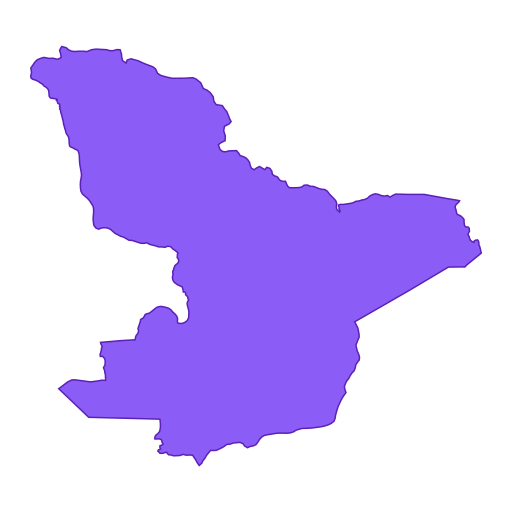 outline of Manacapuru, Amazonas, Brazil
{"feature_id": "56859067B7943145025722", "entity_name": "Manacapuru", "entity_type": "district", "adm_level": 2, "iso_a3": "BRA", "parent_name": "Brazil", "parent_adm1": "Amazonas", "projection": "mercator", "projection_center": [-61.016, -3.277], "detail": "fine", "context": "isolated", "style": "filled", "palette": "violet", "viewbox_px": 512, "rotation_deg": 0, "n_neighbors": 0, "source": "geoboundaries", "source_scale": "gbopen_adm2", "svg_char_len": 5953}
<svg xmlns="http://www.w3.org/2000/svg" viewBox="0 0 512 512"><path d="M58.7,388.7L88.7,417.3L158.6,419.1L160.0,419.4L160.4,423.8L160.4,427.1L160.1,429.4L159.6,431.3L159.0,432.3L158.0,433.4L155.5,435.5L154.8,437.8L154.9,439.0L159.7,438.9L161.2,439.7L161.9,440.8L162.0,442.4L162.9,443.4L162.8,444.5L161.5,445.2L160.0,445.6L159.9,447.5L160.6,448.9L158.2,450.0L157.9,451.2L159.1,452.2L159.8,453.2L161.3,453.4L163.4,453.2L165.0,452.5L166.7,452.4L167.5,453.7L168.7,454.8L171.2,455.0L173.0,455.7L174.6,455.8L180.0,455.5L183.1,454.4L186.3,455.2L189.4,455.0L192.6,455.2L195.9,460.2L197.3,462.8L199.2,465.5L201.7,463.3L203.0,460.6L204.9,458.3L206.5,455.4L210.5,450.5L216.2,450.4L221.8,447.8L224.5,446.2L226.8,444.4L230.0,444.2L233.2,443.0L240.0,442.4L243.0,443.7L244.7,446.1L247.5,447.7L250.3,446.4L253.3,445.9L256.0,444.6L257.8,442.2L259.5,439.5L261.6,437.1L264.2,435.5L267.1,434.8L273.9,433.7L277.0,433.2L280.4,433.1L287.5,433.2L290.7,432.8L293.5,431.8L296.1,430.2L298.9,429.3L302.4,428.4L305.4,428.4L311.7,428.0L318.8,427.1L322.4,426.5L325.3,425.8L328.6,424.7L331.2,423.4L334.0,421.2L335.1,418.4L335.6,415.0L337.2,409.3L338.2,406.3L340.9,400.5L342.5,397.6L344.1,395.1L346.0,392.6L345.0,389.8L344.4,386.6L345.4,383.7L346.7,381.0L348.7,378.6L350.1,375.8L351.8,373.2L354.1,370.8L355.2,368.0L355.8,364.9L357.4,362.3L359.3,359.9L359.5,357.0L358.7,354.2L357.3,351.1L355.9,345.2L357.9,340.0L359.1,337.4L359.1,334.5L358.5,331.1L357.8,327.9L354.7,321.8L409.6,290.2L448.4,267.1L461.8,266.9L464.9,267.0L466.7,265.0L481.3,253.1L479.7,246.4L479.2,245.4L478.8,244.2L478.9,242.7L478.5,241.2L477.5,239.9L475.5,240.2L474.3,240.9L473.9,242.3L472.3,241.7L470.6,240.5L469.4,237.9L469.1,236.3L468.2,235.2L468.2,233.6L469.5,231.2L469.2,228.2L467.9,226.9L466.4,227.1L465.0,226.3L464.4,224.9L464.0,221.3L464.1,219.9L463.6,218.8L461.9,217.0L461.0,216.2L459.5,215.3L457.7,214.6L456.8,213.7L455.8,209.2L455.2,207.6L455.3,206.1L455.9,204.9L456.8,203.9L458.7,202.2L459.6,200.8L458.3,200.4L446.7,198.5L424.2,194.4L407.8,194.4L395.6,194.1L392.8,195.4L390.1,197.1L387.5,195.5L384.5,196.1L381.3,195.6L378.5,194.4L375.3,193.8L372.5,194.6L369.8,196.0L367.4,198.3L364.6,199.5L361.8,200.0L358.9,201.0L355.9,201.3L353.0,202.8L349.8,203.5L343.6,204.4L340.2,204.4L338.5,205.0L338.6,206.4L339.4,207.8L338.9,208.9L340.1,210.8L339.6,212.1L337.3,210.1L336.6,208.8L336.4,206.6L336.7,203.4L335.7,200.6L333.7,198.4L329.3,193.9L327.4,191.3L324.8,189.5L321.8,189.3L318.9,188.5L313.4,186.4L310.5,186.3L307.3,185.0L304.1,185.2L301.6,187.1L298.5,187.6L291.8,187.8L289.3,187.6L287.9,186.4L287.0,184.9L285.5,181.3L283.2,181.3L281.0,180.9L279.8,180.0L278.8,179.0L278.1,177.6L276.6,176.4L274.9,176.1L272.4,174.3L271.8,171.1L269.9,168.4L266.8,167.3L264.8,169.6L259.5,166.5L256.7,167.9L254.1,169.7L251.4,168.2L250.2,165.4L249.6,162.6L248.0,160.0L245.9,157.9L243.1,156.5L240.2,155.6L238.5,152.9L236.5,150.6L228.8,150.9L225.6,151.8L222.6,151.5L220.0,149.5L218.4,144.7L221.1,142.6L225.1,140.7L225.3,136.0L223.7,130.7L224.5,126.3L229.2,123.9L231.1,121.6L229.6,118.6L226.8,111.6L224.8,109.3L222.3,105.6L216.2,104.6L213.9,101.3L213.2,96.7L210.1,92.5L206.8,90.0L203.4,88.6L200.7,82.7L196.0,79.0L192.8,77.7L185.0,78.2L172.3,78.3L166.4,77.0L161.0,75.5L157.6,73.4L155.5,68.8L152.8,66.8L144.1,63.5L138.2,60.8L131.1,58.8L127.2,60.0L126.1,63.0L122.6,60.7L121.7,56.9L121.5,54.0L120.1,49.7L116.7,49.6L113.0,50.7L110.0,50.7L106.7,49.7L95.9,49.1L91.6,49.7L86.9,51.6L83.7,51.2L79.2,51.2L74.9,51.5L71.7,51.2L68.7,49.9L66.2,47.7L61.7,46.5L59.6,50.3L60.8,54.5L61.1,57.6L57.6,59.3L52.8,58.2L49.2,58.4L43.9,57.4L40.8,58.3L37.3,59.7L34.8,62.2L30.8,68.1L31.4,71.4L31.5,72.8L30.9,75.3L30.7,76.7L31.2,78.2L32.7,79.3L35.5,80.1L38.2,81.4L40.4,83.0L41.8,83.7L43.0,84.8L43.8,85.8L44.9,86.6L46.1,87.2L47.3,88.4L48.3,89.7L48.8,91.5L49.0,93.2L49.0,94.8L49.3,96.5L50.3,97.9L51.5,98.3L56.0,98.8L57.1,99.4L56.3,100.2L57.2,101.1L57.6,102.8L58.2,103.7L59.5,104.0L59.9,105.4L59.4,106.6L60.1,107.6L59.6,108.9L60.4,110.0L60.9,112.8L61.9,115.9L62.7,119.5L63.2,121.1L63.6,124.3L64.4,126.7L64.6,127.9L65.5,130.6L65.8,132.1L66.5,133.9L68.0,136.1L68.5,137.1L68.8,138.2L69.1,140.7L69.2,143.2L69.5,145.4L70.0,146.5L71.4,147.3L73.2,148.0L74.5,148.9L76.2,149.6L78.0,150.7L79.2,154.3L79.6,162.4L80.0,165.6L81.2,172.1L81.5,175.1L81.1,178.2L80.5,181.1L80.3,184.7L80.5,188.3L81.0,191.3L82.5,194.1L87.3,198.2L89.5,200.6L93.1,206.3L93.6,209.4L93.6,212.6L93.3,215.7L93.1,219.3L93.4,222.4L93.9,225.4L95.8,228.0L98.7,229.2L101.7,227.9L104.6,227.7L107.7,228.1L110.4,229.3L115.0,233.3L120.7,236.3L123.5,237.1L129.1,240.3L132.0,240.4L140.6,243.2L143.7,243.4L146.8,242.8L149.7,244.4L155.7,245.9L158.6,246.9L161.7,246.9L165.0,247.3L167.8,246.2L170.7,246.7L172.9,249.0L175.4,250.7L178.0,253.0L177.3,254.7L177.4,256.0L177.1,257.4L178.0,258.7L178.7,260.1L178.5,261.9L177.5,263.5L176.2,264.4L174.8,265.8L173.8,268.5L173.7,269.8L172.9,270.8L172.7,272.5L173.1,274.5L172.6,276.1L172.4,277.4L172.7,279.1L173.0,280.3L173.7,281.6L174.5,282.5L177.4,284.7L182.2,286.9L183.1,290.0L183.3,292.0L184.6,291.8L185.5,292.8L185.6,294.8L186.7,295.7L187.8,297.2L187.9,298.7L188.7,299.7L187.6,301.6L187.1,303.4L187.4,305.4L188.7,310.4L188.9,312.2L188.7,317.0L188.3,318.5L187.2,320.5L186.4,321.3L184.9,322.3L183.1,323.1L181.9,323.4L180.3,323.4L178.4,323.3L177.4,322.3L177.6,318.9L176.9,316.4L175.3,314.3L172.7,311.9L170.8,309.7L169.7,308.9L168.5,308.2L166.5,307.5L161.9,306.5L160.1,306.5L158.7,306.7L157.0,307.3L155.7,308.1L150.4,312.4L149.4,313.1L146.0,314.0L144.8,315.0L144.3,316.3L143.3,317.9L140.6,319.5L140.3,321.6L138.0,328.4L138.4,330.3L138.5,331.6L137.6,333.8L136.5,335.0L135.7,336.5L135.1,339.8L121.2,340.6L100.5,342.4L100.9,343.8L102.0,346.1L101.9,347.4L101.4,348.8L101.3,350.3L100.5,353.2L100.0,354.8L100.4,356.5L102.5,356.3L103.9,357.7L104.8,359.2L105.1,360.4L105.2,362.1L104.9,365.3L104.0,366.7L103.5,367.7L104.7,370.8L104.7,371.9L105.4,374.8L105.6,380.4L101.6,380.2L98.7,380.8L90.7,381.9L75.6,379.9L71.9,379.9L67.9,381.8L58.7,388.7Z" fill="#8b5cf6" stroke="#5b21b6" stroke-width="1.5"/></svg>